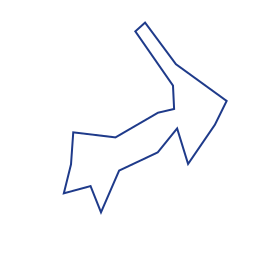 outline of Sandys, rotated 228°
{"feature_id": "BMU-5141", "entity_name": "Sandys", "entity_type": "state/province", "adm_level": 1, "iso_a3": "BMU", "parent_name": "Bermuda", "parent_adm1": "", "projection": "albers", "projection_center": [-64.87, 32.287], "detail": "fine", "context": "isolated", "style": "outline", "palette": "blue", "viewbox_px": 256, "rotation_deg": 228, "n_neighbors": 0, "source": "natural_earth", "source_scale": "10m", "svg_char_len": 381}
<svg xmlns="http://www.w3.org/2000/svg" viewBox="0 0 256 256"><g transform="rotate(228 128 128)"><path d="M82.1,219.4L72.3,194.8L61.1,148.6L94.8,164.2L90.0,133.8L102.3,92.9L83.4,51.5L109.9,61.3L122.4,36.6L139.1,61.3L161.4,84.4L129.4,112.4L119.3,160.5L111.3,175.0L129.4,189.8L194.9,198.1L194.9,211.2L143.3,206.3L82.1,219.4Z" fill="none" stroke="#1e3a8a" stroke-width="2"/></g></svg>